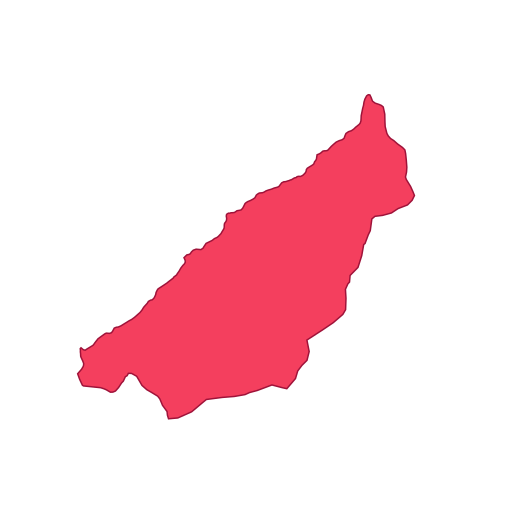 the district of Jamkhar, Tashi Yangtse, Bhutan, rotated 118°
{"feature_id": "84629894B22666501030765", "entity_name": "Jamkhar", "entity_type": "district", "adm_level": 2, "iso_a3": "BTN", "parent_name": "Bhutan", "parent_adm1": "Tashi Yangtse", "projection": "albers", "projection_center": [91.494, 27.408], "detail": "fine", "context": "isolated", "style": "filled", "palette": "rose", "viewbox_px": 512, "rotation_deg": 118, "n_neighbors": 0, "source": "geoboundaries", "source_scale": "gbopen_adm2", "svg_char_len": 3570}
<svg xmlns="http://www.w3.org/2000/svg" viewBox="0 0 512 512"><g transform="rotate(118 256 256)"><path d="M451.7,347.3L445.2,331.3L444.6,327.8L444.4,325.4L444.6,320.6L443.3,318.4L441.2,316.7L436.7,315.6L431.2,315.1L428.8,314.4L423.9,314.7L422.2,313.6L419.5,313.6L418.1,310.8L418.1,309.4L418.2,304.9L421.0,300.4L423.8,295.9L425.3,289.7L425.5,283.9L425.9,277.0L427.3,273.9L428.0,273.0L430.1,270.4L431.7,268.5L435.1,261.5L438.1,259.5L440.8,256.8L435.7,249.0L423.8,239.7L406.0,232.5L396.7,219.4L390.2,209.2L383.5,200.6L379.6,197.6L374.2,191.8L362.4,181.4L360.0,171.3L358.7,166.5L345.7,163.6L337.9,165.2L331.0,164.1L324.2,162.0L315.4,164.2L306.3,171.6L297.1,166.5L290.3,162.7L281.8,158.2L278.6,156.5L266.8,151.9L261.3,151.7L251.1,156.7L243.4,161.4L237.4,161.8L235.1,161.2L229.0,163.8L218.2,160.6L206.1,162.8L195.3,166.3L193.8,165.6L184.7,166.8L180.0,167.0L168.9,171.1L165.1,169.6L160.7,163.3L154.4,156.6L147.4,152.8L139.8,146.2L133.5,144.3L128.2,144.5L125.4,147.8L122.0,152.2L117.9,159.2L116.1,161.1L111.2,162.5L106.8,164.5L101.1,168.1L95.3,172.0L92.4,174.4L91.4,177.6L90.6,183.6L89.4,188.6L89.1,192.3L87.9,195.6L86.3,198.0L81.1,202.7L76.9,205.2L70.3,208.9L64.7,213.6L64.2,215.9L64.4,218.5L65.1,222.5L64.8,224.6L64.6,225.8L61.9,228.9L60.3,231.1L60.9,232.6L62.7,233.5L66.4,233.5L69.4,232.9L72.5,231.8L75.6,231.1L78.6,230.2L82.7,229.0L85.2,227.8L87.4,226.8L89.7,226.4L91.4,226.7L95.3,228.4L98.1,229.3L100.6,230.6L102.8,232.7L105.6,234.1L108.0,233.9L110.8,233.5L113.0,234.6L115.1,236.7L117.8,238.7L121.1,240.0L123.9,241.0L127.4,241.9L129.2,242.4L130.3,243.7L131.1,245.1L132.0,246.2L134.4,247.1L135.7,247.8L137.0,248.8L137.9,249.6L139.7,249.0L142.2,248.1L143.8,248.2L145.3,248.5L147.6,248.2L149.1,248.8L152.8,251.0L154.4,251.9L156.1,252.1L157.7,251.5L159.3,251.5L160.4,251.8L162.2,252.3L163.5,253.0L164.8,254.0L165.7,255.9L166.7,257.0L167.9,257.4L169.1,258.8L172.0,260.5L172.8,261.4L173.8,262.1L174.5,262.9L176.3,264.6L177.5,266.4L179.4,267.7L181.9,268.1L183.8,268.4L185.1,269.3L187.5,271.9L189.8,273.8L192.0,276.1L193.9,277.8L195.7,278.8L197.1,280.0L198.0,281.4L198.9,282.7L200.4,283.6L202.0,284.3L205.1,284.3L207.1,285.3L209.5,286.9L211.8,288.8L213.3,289.7L214.8,290.3L218.0,290.2L220.2,290.2L222.5,290.9L223.9,292.7L225.0,294.1L226.5,294.8L227.7,295.5L228.6,296.7L229.5,298.3L230.6,299.4L231.1,300.4L232.1,301.1L233.1,301.5L234.7,301.0L236.5,299.6L238.1,298.9L239.6,298.7L241.9,299.1L243.5,298.6L245.0,297.8L246.5,297.2L247.9,297.2L251.1,297.4L252.6,297.4L254.7,298.0L256.2,298.4L257.7,299.0L258.9,299.9L260.2,300.9L262.8,302.0L268.3,306.0L272.4,306.4L273.8,306.4L276.2,307.6L278.1,312.1L280.3,314.1L282.7,314.9L284.8,315.1L285.9,315.7L287.5,317.6L291.3,318.8L292.9,316.7L294.7,315.5L297.0,315.6L298.4,316.1L301.9,316.7L305.7,316.8L308.5,317.2L310.0,317.2L313.2,318.7L314.3,318.7L320.3,321.4L321.8,322.0L326.8,324.7L330.9,327.0L332.5,327.2L335.1,327.1L337.0,326.5L339.1,326.3L341.0,326.3L342.4,326.7L343.6,327.2L344.4,328.3L346.6,329.7L348.8,329.8L352.3,330.7L354.0,331.1L357.3,331.3L360.4,331.9L361.7,332.4L367.3,334.5L370.4,336.0L372.9,337.7L375.7,339.3L378.4,340.9L381.0,342.4L383.4,344.3L384.5,345.9L386.2,347.3L390.0,347.3L391.7,347.7L393.1,349.0L393.9,350.9L394.4,352.0L395.6,352.9L403.1,356.6L404.8,356.9L406.4,357.2L408.2,357.5L409.9,357.7L411.4,358.0L414.8,360.0L417.8,361.8L419.4,362.6L419.8,364.5L419.2,367.4L420.3,367.7L422.0,366.6L423.1,366.1L424.8,364.9L426.7,363.8L427.6,362.9L430.1,359.6L431.8,357.7L433.1,357.1L434.5,356.7L436.4,356.8L437.7,356.8L443.7,358.2L447.7,353.8L451.6,348.6L451.7,347.3Z" fill="#f43f5e" stroke="#9f1239" stroke-width="1.5"/></g></svg>